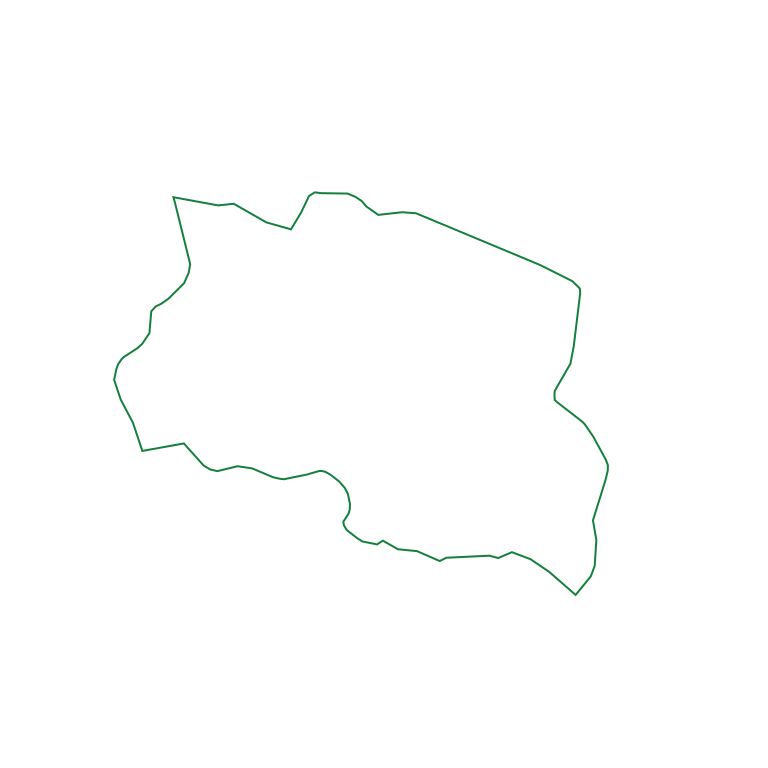 outline of Totonicapán, rotated 124°
{"feature_id": "GTM-1955", "entity_name": "Totonicapán", "entity_type": "Department", "adm_level": 1, "iso_a3": "GTM", "parent_name": "Guatemala", "parent_adm1": "", "projection": "equal_earth", "projection_center": [-91.362, 15.041], "detail": "fine", "context": "isolated", "style": "outline", "palette": "green", "viewbox_px": 768, "rotation_deg": 124, "n_neighbors": 0, "source": "natural_earth", "source_scale": "10m", "svg_char_len": 1354}
<svg xmlns="http://www.w3.org/2000/svg" viewBox="0 0 768 768"><g transform="rotate(124 384 384)"><path d="M270.1,551.3L263.9,548.6L262.5,546.0L261.3,543.4L246.5,520.7L244.8,512.3L244.8,504.6L246.7,497.9L247.0,483.3L231.5,465.1L224.6,453.0L220.9,434.8L198.1,321.3L193.4,285.4L195.3,275.1L197.3,273.4L199.3,272.0L246.8,247.7L263.0,240.8L294.2,238.6L297.7,236.6L301.8,233.5L302.3,229.7L304.4,198.4L305.1,195.1L310.6,181.1L322.8,157.6L326.1,153.0L330.8,150.0L340.0,146.6L380.2,134.5L394.6,120.7L417.0,107.6L427.9,105.0L451.7,107.2L447.4,142.0L447.3,164.6L451.9,183.9L464.4,192.0L467.4,200.6L493.2,235.2L499.6,238.8L504.1,263.2L513.2,280.0L514.5,297.3L520.9,300.1L526.7,314.1L526.8,320.6L525.9,333.2L523.7,338.0L521.0,340.7L511.3,340.9L507.3,342.2L502.7,344.9L495.2,352.6L492.1,358.4L489.9,366.6L489.2,376.3L489.3,380.2L489.7,383.9L490.9,386.9L492.5,389.2L502.4,397.5L518.9,413.7L520.8,417.4L523.3,423.7L527.7,446.1L534.1,459.5L549.4,473.4L552.1,480.4L552.4,488.2L547.2,508.9L545.2,516.7L574.6,546.9L556.5,570.5L544.1,593.6L531.4,610.1L521.1,614.3L516.1,615.5L510.0,615.4L507.1,614.8L492.3,608.5L485.8,606.9L473.0,606.9L453.9,617.6L447.3,616.6L442.0,613.5L433.5,610.3L412.1,606.1L401.1,608.1L393.0,611.7L350.5,658.8L346.9,663.0L328.7,621.4L318.6,609.3L315.8,571.9L307.8,547.6L288.2,548.6L270.1,551.3Z" fill="none" stroke="#15803d" stroke-width="2"/></g></svg>